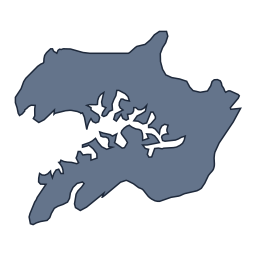 the border of Quinara
{"feature_id": "GNB-773", "entity_name": "Quinara", "entity_type": "Region", "adm_level": 1, "iso_a3": "GNB", "parent_name": "Guinea-Bissau", "parent_adm1": "", "projection": "albers", "projection_center": [-15.226, 11.637], "detail": "fine", "context": "isolated", "style": "filled", "palette": "slate", "viewbox_px": 256, "rotation_deg": 0, "n_neighbors": 0, "source": "natural_earth", "source_scale": "10m", "svg_char_len": 4381}
<svg xmlns="http://www.w3.org/2000/svg" viewBox="0 0 256 256"><path d="M54.0,114.2L54.4,109.9L44.2,119.7L38.8,122.5L33.3,118.6L34.8,115.9L34.7,109.1L35.2,105.4L31.1,105.2L28.6,106.5L26.8,108.3L24.7,109.9L24.7,111.0L22.3,113.8L19.5,115.5L18.2,113.2L17.1,107.8L15.4,102.7L15.4,97.3L21.1,88.7L23.7,81.6L25.8,78.3L37.6,66.4L41.0,64.0L42.9,63.3L43.8,62.2L44.0,58.6L44.7,55.4L46.6,52.6L50.6,48.8L52.5,48.8L53.4,50.9L54.3,51.8L55.4,52.3L56.8,53.3L58.0,50.4L59.5,49.2L61.3,49.5L63.3,48.8L70.5,49.0L83.0,52.5L89.9,53.3L128.4,53.3L130.0,52.3L135.3,47.5L136.9,46.4L145.1,44.4L150.3,39.9L154.4,34.8L159.4,31.4L166.5,31.4L167.8,36.2L165.7,42.7L162.6,47.6L160.3,53.6L160.5,61.6L162.6,69.4L165.8,74.9L171.8,77.6L179.7,79.0L186.7,81.3L189.7,87.0L193.0,90.6L200.2,92.3L207.5,91.0L210.8,85.8L210.8,85.7L212.1,81.5L214.2,79.8L217.5,79.6L220.3,80.9L221.4,83.1L221.9,85.6L223.7,88.4L224.8,91.2L225.7,92.3L227.4,91.3L228.8,90.8L230.1,90.9L238.1,94.5L239.3,95.8L238.2,98.3L230.3,107.7L230.8,109.3L240.6,108.3L233.2,122.0L219.1,143.0L214.9,152.2L214.5,154.0L214.1,158.0L214.4,163.9L214.3,165.9L213.9,167.6L213.4,169.2L212.6,170.5L211.6,171.7L210.3,173.1L208.4,175.5L204.8,183.1L201.4,188.2L199.5,189.5L196.9,190.8L184.7,193.6L183.2,194.2L180.2,195.6L178.5,196.1L171.1,197.3L159.7,201.3L157.5,201.3L155.0,200.8L151.5,199.0L149.6,197.6L148.2,196.3L143.3,190.1L142.3,189.2L141.1,188.6L138.6,187.6L133.4,183.7L127.8,180.9L126.2,180.3L120.5,182.2L105.1,195.1L102.3,197.2L102.2,197.2L103.8,193.1L86.6,207.1L80.3,210.5L75.5,207.6L74.5,203.9L76.1,194.2L77.9,191.0L81.6,187.1L84.1,183.6L82.5,182.0L77.1,183.4L73.0,187.4L70.4,192.8L69.5,198.4L67.5,202.1L63.0,204.4L57.9,206.2L54.3,208.3L51.4,213.3L49.8,217.6L47.1,220.4L40.6,221.5L36.5,222.8L33.1,224.6L30.4,223.7L29.1,217.0L30.0,213.6L34.7,202.1L36.3,199.6L37.2,197.4L46.0,184.3L40.5,184.1L38.6,181.9L38.7,178.2L39.6,173.4L42.1,175.0L44.8,175.2L47.7,173.9L50.5,171.1L50.7,173.1L52.4,177.8L53.8,173.6L56.1,170.0L58.7,169.2L60.9,173.5L63.3,173.5L63.0,170.3L62.2,167.4L60.7,164.8L58.8,162.4L60.3,162.1L60.5,161.8L60.4,161.3L60.9,160.2L63.8,161.5L67.2,162.1L71.6,162.4L76.8,163.7L78.6,162.7L76.1,158.0L77.1,155.6L78.2,151.5L80.3,151.5L82.9,155.0L87.2,154.4L90.8,154.5L91.0,160.2L97.0,158.1L96.8,153.7L93.2,148.8L88.7,145.0L87.4,145.8L86.2,146.2L82.5,147.2L82.5,145.0L89.3,142.6L92.5,140.8L95.5,138.3L97.8,142.2L101.7,146.8L106.8,149.3L112.5,147.2L108.7,146.6L108.5,144.4L109.1,141.4L108.3,138.3L105.8,137.0L103.2,137.0L100.9,136.1L99.7,131.9L103.3,133.1L110.1,134.6L112.5,136.1L116.8,133.9L116.1,136.0L115.3,140.5L114.5,142.6L122.2,148.1L124.5,147.7L127.5,142.6L125.9,139.8L121.9,134.5L121.1,132.9L121.9,130.7L124.1,128.2L126.8,126.2L129.4,125.2L130.1,125.9L132.4,127.4L135.7,128.9L139.2,129.5L141.2,130.6L142.3,133.4L142.7,136.9L142.6,140.4L148.6,138.3L148.0,137.2L147.3,134.9L146.7,133.9L151.3,134.2L154.6,135.9L157.1,138.9L159.4,142.6L147.1,145.0L142.6,145.0L144.0,146.7L144.7,147.9L145.9,148.7L148.6,149.3L147.3,154.4L149.0,157.2L151.7,156.9L154.7,148.5L158.4,148.1L162.1,148.8L163.7,148.2L173.6,147.6L176.5,147.1L180.1,145.3L182.6,143.3L184.2,140.3L185.2,136.1L181.3,137.3L178.5,138.9L175.3,140.1L164.9,141.2L162.6,140.5L161.6,137.2L162.2,135.7L163.8,134.7L165.9,134.0L168.2,133.9L166.9,131.0L166.9,129.3L168.1,125.2L164.6,124.3L161.8,126.0L160.0,129.4L159.4,133.9L155.2,129.0L152.4,127.5L148.6,127.5L148.6,125.2L150.8,123.9L155.4,118.6L155.4,116.5L153.0,112.1L150.9,112.1L146.6,123.0L142.9,123.9L138.2,121.2L133.8,120.8L137.1,116.0L141.5,113.8L145.3,111.3L146.6,105.4L144.0,108.2L141.1,109.7L138.2,109.6L135.8,107.6L133.8,107.6L133.6,110.9L132.6,112.9L130.7,114.0L127.5,114.3L128.4,119.0L126.1,120.2L122.9,118.5L121.1,114.3L116.3,121.1L113.7,119.3L115.3,113.9L123.0,110.0L120.2,107.9L119.1,105.3L119.4,102.4L121.1,99.1L123.0,99.1L124.3,99.9L125.6,100.3L129.4,101.0L128.0,96.6L125.2,93.7L118.9,90.4L116.8,90.4L115.9,95.6L113.8,99.7L112.1,104.1L112.5,110.0L109.3,111.3L106.5,115.3L103.8,116.5L101.9,115.4L102.7,112.5L105.9,107.6L102.3,106.0L101.6,102.0L103.8,92.5L100.8,94.4L98.8,97.1L97.7,100.5L97.4,104.4L96.1,104.7L89.6,104.6L86.8,105.4L91.0,107.6L91.0,110.0L94.6,112.5L98.2,114.7L99.7,117.6L98.5,121.8L95.7,122.9L92.8,121.6L91.0,118.6L89.5,121.2L88.3,123.8L87.4,126.6L86.8,129.5L84.4,117.2L82.5,112.9L80.9,113.4L80.8,112.9L77.4,111.5L71.6,110.4L69.9,110.3L65.6,110.7L55.0,113.3L54.1,114.1L54.0,114.2Z" fill="#64748b" stroke="#1e293b" stroke-width="1.5"/></svg>